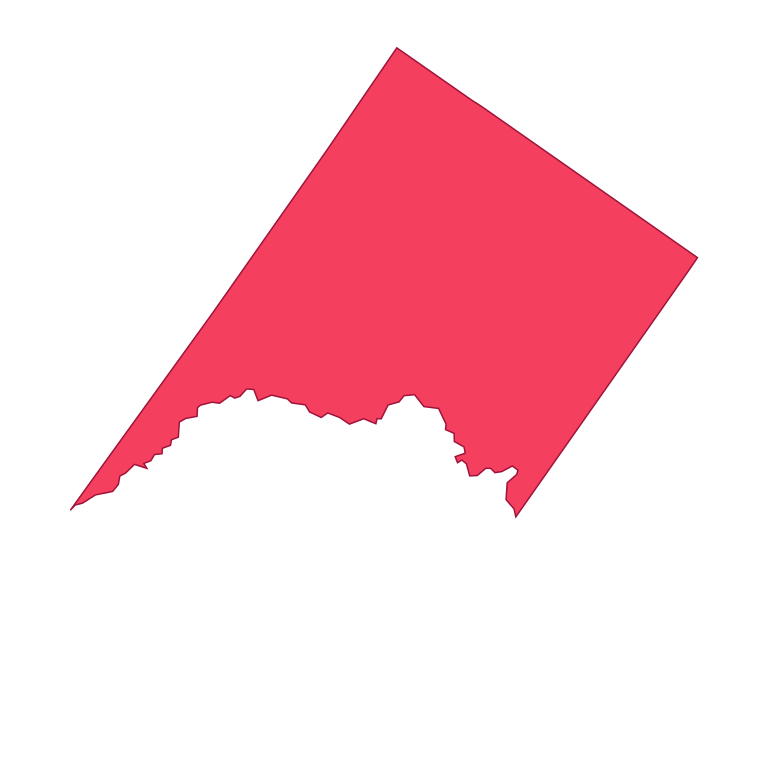 outline of Crockett, Texas, United States of America, rotated 305°
{"feature_id": "52423323B97949275752783", "entity_name": "Crockett", "entity_type": "district", "adm_level": 2, "iso_a3": "USA", "parent_name": "United States of America", "parent_adm1": "Texas", "projection": "mercator", "projection_center": [-101.803, 30.687], "detail": "fine", "context": "isolated", "style": "filled", "palette": "rose", "viewbox_px": 768, "rotation_deg": 305, "n_neighbors": 0, "source": "geoboundaries", "source_scale": "gbopen_adm2", "svg_char_len": 1179}
<svg xmlns="http://www.w3.org/2000/svg" viewBox="0 0 768 768"><g transform="rotate(305 384 384)"><path d="M542.6,203.1L343.7,202.9L135.4,199.9L100.7,199.5L107.8,200.5L113.5,205.4L127.6,211.2L140.3,223.3L149.4,224.0L157.1,220.4L162.9,223.4L175.0,225.7L178.9,238.1L181.2,232.8L187.3,237.0L194.6,236.5L199.6,242.2L204.2,239.3L211.3,244.3L216.4,241.9L222.5,246.0L235.4,238.2L242.0,241.3L250.3,249.4L257.7,244.8L261.4,245.8L270.3,253.4L274.0,260.4L286.3,264.7L286.9,269.9L291.3,273.1L301.2,274.3L304.8,280.5L298.1,290.4L310.4,298.3L316.4,313.4L315.5,319.2L321.8,331.5L318.4,339.1L320.6,351.8L328.0,354.5L331.1,366.8L331.3,378.7L343.9,387.3L346.8,400.1L351.6,398.2L353.9,401.7L369.2,399.4L378.0,406.6L385.9,407.1L392.8,415.2L388.4,429.7L395.3,442.7L386.8,457.8L381.9,460.6L383.8,469.7L377.2,474.6L378.4,485.6L373.9,490.2L365.3,484.0L361.7,489.4L366.3,491.3L365.9,497.3L357.9,506.9L362.5,512.9L373.3,515.7L376.1,519.8L375.0,525.7L379.8,530.7L390.4,536.1L390.3,543.1L386.0,544.6L373.7,541.6L359.3,550.3L356.3,562.1L350.8,568.2L649.6,568.5L662.7,568.4L667.3,568.3L667.3,375.7L667.3,304.7L666.8,293.0L666.7,201.7L542.6,203.1Z" fill="#f43f5e" stroke="#9f1239" stroke-width="1.5"/></g></svg>